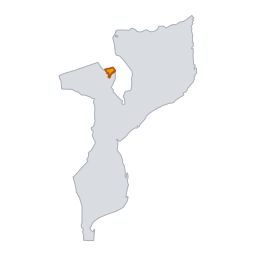 Angonia, Tete, Mozambique (highlighted)
{"feature_id": "85939544B12573256040215", "entity_name": "Angonia", "entity_type": "district", "adm_level": 2, "iso_a3": "MOZ", "parent_name": "Mozambique", "parent_adm1": "Tete", "projection": "mercator", "projection_center": [34.103, -14.769], "detail": "fine", "context": "in_parent", "style": "filled", "palette": "amber", "viewbox_px": 256, "rotation_deg": 0, "n_neighbors": 0, "source": "geoboundaries", "source_scale": "gbopen_adm2", "svg_char_len": 5417}
<svg xmlns="http://www.w3.org/2000/svg" viewBox="0 0 256 256"><path d="M73.0,177.0L74.8,175.6L87.0,162.1L87.8,161.6L86.8,159.4L88.4,156.8L88.6,152.7L89.0,152.1L90.9,150.8L93.5,146.6L95.1,143.4L95.2,141.9L93.0,137.5L92.3,135.2L93.0,133.2L93.2,131.3L92.9,130.7L91.5,129.9L91.3,129.1L91.2,128.1L91.5,127.5L93.3,126.6L93.6,126.2L95.1,121.1L94.6,117.3L94.6,113.0L94.9,108.6L94.7,106.0L93.6,103.1L93.5,101.0L94.3,99.6L94.5,98.7L91.8,98.3L90.4,97.1L85.3,95.2L81.4,94.9L78.1,92.0L75.6,91.5L72.3,89.4L61.9,89.0L61.6,88.8L61.2,82.4L60.8,80.3L59.5,78.1L59.2,76.5L59.3,75.5L65.0,73.2L76.2,70.0L78.7,68.9L97.8,62.4L98.3,62.8L100.2,66.1L103.4,69.9L104.2,69.4L108.7,68.8L109.4,68.3L110.8,67.9L112.4,67.7L113.0,67.9L114.7,70.3L115.3,74.6L115.3,77.5L115.1,79.6L113.7,82.1L112.7,85.1L111.3,86.8L111.3,87.6L113.0,89.4L113.3,90.2L113.2,91.8L113.5,92.4L115.0,93.4L116.0,94.9L120.2,99.4L121.3,100.2L122.1,100.4L122.5,101.2L122.3,102.3L121.6,102.8L121.9,103.7L122.7,104.3L124.6,104.2L124.8,103.9L124.7,100.0L124.0,97.7L123.2,96.7L124.8,92.4L125.7,91.3L128.8,90.8L130.3,90.4L130.9,89.9L131.3,88.5L131.7,84.8L131.8,81.3L131.5,79.2L132.0,76.1L132.6,74.2L132.3,73.8L132.0,71.2L124.3,60.9L119.9,56.3L119.1,55.8L116.7,55.4L115.4,53.7L114.4,44.5L112.7,37.8L115.3,33.5L116.1,30.6L116.7,30.2L118.8,30.0L126.5,30.1L128.4,30.4L129.2,30.1L131.2,28.4L132.9,28.4L135.1,29.5L136.3,30.5L136.5,31.3L138.0,31.8L140.8,31.9L142.8,31.5L144.0,30.5L145.3,30.0L146.7,29.9L147.8,30.3L148.5,31.0L149.8,31.5L151.8,31.8L154.0,31.4L156.4,30.1L157.7,28.8L158.5,26.6L158.9,26.3L162.2,26.1L164.0,26.5L166.3,27.9L170.3,25.5L172.8,24.6L175.1,24.6L177.1,24.0L178.6,22.9L180.2,22.1L183.5,21.3L185.7,20.1L191.9,15.4L192.6,16.7L193.8,18.0L192.2,19.3L193.6,20.2L192.6,21.5L192.4,22.4L192.9,23.3L192.2,24.8L191.3,25.9L191.1,26.8L191.9,28.4L191.5,31.1L192.8,35.7L192.4,37.2L192.7,40.9L192.2,42.2L193.0,42.6L193.4,44.1L193.0,46.6L191.7,47.7L191.5,48.7L193.2,48.7L193.3,51.9L193.0,52.8L193.4,53.9L192.9,55.1L193.5,60.2L193.6,63.9L193.7,64.5L195.2,65.1L195.1,66.1L194.2,67.5L194.3,69.5L195.3,67.9L195.9,67.9L196.5,68.5L196.5,70.8L196.8,71.9L196.7,72.9L195.0,74.7L194.9,76.5L194.2,76.8L193.9,77.2L194.3,78.2L194.3,79.2L193.1,82.0L187.3,88.8L187.2,90.0L185.7,92.1L184.1,92.5L183.2,93.1L183.9,95.0L176.1,99.8L175.3,100.5L174.0,102.3L171.4,103.2L168.6,103.3L168.2,103.7L161.8,105.9L160.6,107.0L157.9,108.0L153.6,110.4L150.2,112.7L146.2,116.1L145.7,118.0L143.8,120.4L141.0,123.3L139.4,125.7L139.3,126.7L138.3,127.0L137.4,126.0L137.1,128.0L136.4,128.1L135.7,127.7L132.1,129.8L129.5,132.1L125.8,136.7L120.4,141.0L119.2,141.2L117.5,139.6L116.5,139.5L117.9,141.2L117.8,144.9L117.2,149.2L117.2,150.2L120.8,154.8L122.6,160.2L122.7,163.0L124.5,166.5L125.3,171.9L125.2,177.0L126.0,177.8L126.4,177.0L126.5,173.9L127.0,173.0L127.5,173.1L127.9,174.9L128.1,176.7L127.4,180.6L127.6,182.2L128.5,184.9L127.5,188.0L125.9,196.7L126.2,197.3L127.1,197.5L127.4,196.5L127.8,196.5L128.1,197.1L127.4,200.5L126.7,202.0L124.4,205.7L123.1,207.3L121.0,208.8L116.0,211.3L106.0,214.8L99.6,217.5L94.6,220.8L92.5,223.0L91.5,225.6L89.8,228.2L91.3,230.5L93.2,232.0L94.1,229.4L94.6,229.4L93.7,240.5L86.8,240.6L84.8,240.2L83.6,240.3L83.6,235.7L82.7,232.2L83.1,229.8L83.0,228.4L81.5,227.6L81.2,224.9L82.0,222.9L82.0,206.1L79.6,198.0L76.3,192.2L76.1,189.4L74.7,183.0L73.0,177.0ZM117.0,37.2L117.8,36.8L117.9,36.1L117.4,35.7L116.9,35.8L116.7,37.0L117.0,37.2ZM116.4,35.8L115.8,35.3L115.3,35.4L115.1,35.9L115.6,36.5L116.2,36.5L116.4,35.8Z" fill="#d9dde1" stroke="#a8b0b8" stroke-width="1"/><path d="M114.8,71.4L115.0,71.4L115.1,71.2L115.2,70.9L115.1,70.7L115.1,70.4L115.1,70.2L114.9,70.0L114.9,69.9L114.8,69.7L114.7,69.6L114.4,69.4L114.2,69.3L114.1,69.2L114.0,68.9L113.9,68.6L113.7,68.4L113.6,68.2L113.3,67.8L113.2,67.7L112.9,67.4L112.7,67.4L112.7,67.5L112.4,67.6L112.2,67.7L111.8,67.7L111.7,67.8L111.6,68.0L111.4,68.0L111.2,67.9L111.1,68.0L110.9,68.1L110.6,68.1L110.0,68.2L109.2,68.4L109.2,68.8L107.4,68.7L107.2,68.6L106.9,68.8L106.6,68.9L106.6,69.0L106.4,69.2L106.1,69.2L106.0,69.3L105.9,69.5L105.7,69.6L105.4,69.5L105.3,69.4L105.2,69.4L105.0,69.2L104.9,69.2L104.7,69.0L104.7,68.9L104.7,69.0L104.8,69.2L104.8,69.3L104.9,69.5L105.0,69.5L105.2,69.8L105.2,70.0L105.3,70.1L105.3,70.3L105.5,70.4L105.5,70.5L105.6,70.8L105.8,70.8L105.8,71.0L106.0,71.1L105.9,71.1L106.0,71.1L106.1,71.3L106.3,71.4L106.3,71.5L106.5,71.8L106.7,72.0L106.8,72.1L106.9,72.3L107.0,72.4L107.0,72.5L107.3,72.6L107.5,72.6L107.4,72.7L107.5,72.8L107.4,72.9L107.5,72.9L107.8,73.1L107.7,73.1L107.6,73.3L107.8,73.3L107.9,73.5L108.0,73.5L108.2,73.8L108.3,73.8L108.4,74.0L108.4,74.3L108.4,74.5L108.4,74.8L108.5,74.9L108.6,75.0L108.5,75.3L108.6,75.5L108.7,75.4L108.7,75.5L108.7,75.8L108.8,75.9L108.8,76.0L108.8,76.3L108.9,76.5L109.0,76.6L109.1,76.8L109.0,77.0L109.0,77.3L108.9,77.3L109.0,77.4L109.0,77.5L108.9,77.5L109.0,77.6L109.3,77.7L109.3,77.4L109.5,77.2L109.9,77.1L110.0,77.0L110.2,76.9L110.0,76.7L110.1,76.3L110.0,76.2L110.2,75.9L110.2,75.7L110.1,75.4L110.2,75.2L110.3,75.2L110.5,75.0L110.6,74.9L110.8,74.6L111.0,74.7L111.1,74.4L111.2,74.1L111.3,74.1L111.5,74.1L111.7,73.8L111.7,73.7L111.8,73.5L111.9,73.4L112.0,73.4L112.3,73.3L112.2,73.2L112.3,73.2L112.5,73.1L112.6,72.9L112.6,72.7L112.8,72.7L112.8,72.4L113.0,72.4L112.9,72.2L113.0,72.2L113.3,72.2L113.5,72.1L113.4,72.1L113.5,72.1L113.5,71.9L113.6,71.7L113.7,71.8L113.7,71.7L113.8,71.7L114.0,71.6L114.3,71.6L114.3,71.4L114.5,71.5L114.5,71.4L114.8,71.4Z" fill="#f59e0b" stroke="#b45309" stroke-width="1.5"/></svg>